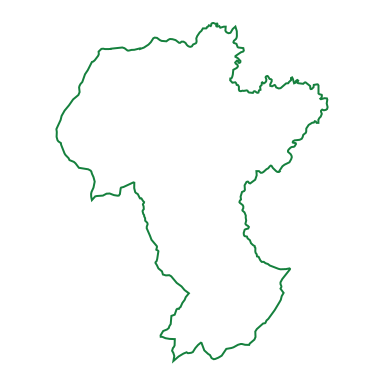 San Cayetano, Norte de Santander, Colombia (orthographic projection)
{"feature_id": "7082276B18864989229561", "entity_name": "San Cayetano", "entity_type": "district", "adm_level": 2, "iso_a3": "COL", "parent_name": "Colombia", "parent_adm1": "Norte de Santander", "projection": "orthographic", "projection_center": [-72.593, 7.837], "detail": "fine", "context": "isolated", "style": "outline", "palette": "green", "viewbox_px": 384, "rotation_deg": 0, "n_neighbors": 0, "source": "geoboundaries", "source_scale": "gbopen_adm2", "svg_char_len": 5871}
<svg xmlns="http://www.w3.org/2000/svg" viewBox="0 0 384 384"><path d="M235.4,26.6L232.7,29.0L230.7,32.5L229.9,33.0L228.4,33.2L226.4,32.2L225.4,30.7L225.7,26.7L223.7,26.7L220.3,27.7L219.3,26.1L217.1,26.6L216.4,26.3L216.2,25.6L217.5,24.3L217.2,23.6L215.2,23.8L213.6,23.0L212.3,23.1L211.4,23.8L211.1,25.5L210.7,26.1L208.9,25.3L208.0,26.6L206.9,27.2L206.6,28.1L206.2,28.4L202.9,28.4L201.4,30.9L199.7,32.4L197.2,36.1L196.3,38.4L196.6,41.3L196.3,42.7L195.8,43.3L193.1,44.5L191.9,46.3L190.6,46.8L189.4,46.7L188.0,46.0L186.8,44.9L185.5,42.9L183.6,41.7L181.5,41.7L180.2,42.8L179.1,42.8L175.6,40.1L172.5,39.2L170.0,39.0L168.5,39.7L166.4,41.3L161.6,40.9L159.9,40.1L157.0,37.9L154.7,37.6L153.3,38.3L150.9,42.1L148.5,44.6L143.9,47.6L140.0,49.0L139.9,48.4L134.3,49.8L131.6,49.9L128.7,50.6L127.5,50.5L124.5,48.2L122.3,47.5L111.0,48.7L110.9,49.0L105.1,49.1L103.2,48.7L101.4,48.9L98.6,51.6L98.8,54.1L98.2,55.7L94.8,60.2L93.3,61.5L91.9,62.0L87.8,70.1L85.0,74.3L82.3,82.0L80.5,84.0L79.5,85.9L79.1,87.4L79.6,92.1L78.4,95.0L73.1,99.4L69.0,105.3L64.6,110.6L61.6,115.9L60.6,120.0L56.4,129.1L56.8,132.0L56.6,136.9L57.5,140.2L58.4,141.4L60.9,143.1L61.1,144.7L64.6,153.6L65.6,155.1L68.6,158.2L69.5,160.1L73.9,161.9L75.5,163.3L78.9,167.8L88.2,169.3L90.6,170.6L91.3,171.5L92.0,173.8L93.5,177.1L94.7,181.6L93.5,187.6L91.5,192.0L91.1,193.9L91.2,196.7L91.9,200.1L95.2,196.4L97.0,196.0L102.9,195.6L106.5,193.7L109.7,193.5L113.9,195.1L117.6,195.7L118.8,195.6L119.9,194.1L120.7,188.2L121.1,187.6L123.5,187.0L133.4,182.4L134.3,182.7L134.2,188.1L135.2,192.1L136.0,193.0L137.8,194.1L139.8,198.1L140.2,198.5L141.0,198.2L141.5,198.5L142.9,200.8L144.1,202.1L143.9,202.9L143.1,203.9L142.9,204.6L143.6,206.3L143.8,209.1L142.7,210.6L142.6,211.4L143.3,214.0L144.1,215.1L144.2,216.4L145.1,218.2L145.2,220.7L147.2,222.7L147.5,223.4L147.6,224.4L146.8,226.5L146.7,228.2L150.0,235.8L151.5,239.8L156.8,246.1L157.0,246.9L156.3,249.7L157.8,250.5L158.4,251.2L157.2,259.0L156.6,261.1L155.5,262.3L155.5,263.0L156.9,265.2L158.4,268.4L162.0,271.4L162.9,274.5L165.9,275.4L169.3,275.2L171.2,276.3L176.7,282.9L181.5,286.4L184.6,290.1L188.9,293.3L185.7,297.2L184.7,299.8L182.4,302.9L180.5,307.1L179.5,307.7L178.9,308.9L177.3,308.8L176.5,309.5L174.7,314.7L171.4,315.9L170.7,324.1L169.3,326.3L168.8,328.0L167.0,329.5L163.2,331.0L160.6,335.3L160.7,336.8L162.2,336.8L165.5,338.2L169.6,338.9L174.8,339.1L174.6,345.4L173.9,346.9L172.9,348.1L172.1,350.8L173.3,352.8L174.3,356.0L173.4,361.0L178.6,356.5L183.4,353.6L186.6,352.3L187.7,353.1L189.0,353.1L191.1,352.8L192.8,352.1L195.4,348.0L198.1,344.9L200.8,342.7L201.5,342.9L204.3,350.4L208.1,353.9L210.0,355.1L211.6,358.1L213.7,359.2L215.1,359.0L218.3,357.7L221.7,355.7L226.3,348.9L231.4,348.0L233.5,347.3L238.0,344.8L240.7,344.0L242.0,344.0L245.1,344.8L249.2,344.9L249.7,343.6L254.4,339.6L255.5,337.0L255.3,331.5L256.8,329.1L263.1,323.5L265.0,323.2L265.4,322.9L266.5,320.5L268.3,318.9L274.7,310.1L279.7,301.8L280.8,299.8L281.7,296.2L283.6,292.9L280.5,288.7L281.4,286.9L281.3,286.0L280.5,284.1L280.5,282.3L282.3,279.0L289.9,269.4L290.0,268.9L289.5,268.4L285.9,269.1L280.4,269.3L278.4,268.8L269.8,265.5L267.9,264.0L265.5,263.2L263.8,261.9L261.7,261.9L260.3,260.3L258.6,256.8L257.0,256.4L256.7,254.3L255.6,252.8L255.3,251.2L255.4,248.0L254.8,247.3L254.8,246.2L252.9,245.0L251.0,243.2L249.9,240.2L247.6,238.4L247.0,236.6L244.6,236.1L243.9,235.0L243.7,233.0L244.6,229.9L245.3,229.3L248.2,228.5L248.9,227.0L247.9,225.9L246.2,224.9L245.4,223.8L246.2,220.6L245.7,217.6L245.8,215.6L244.5,212.4L242.5,210.6L242.4,210.0L243.3,208.2L243.3,206.3L242.7,205.1L239.8,202.8L239.4,202.1L239.9,200.6L241.0,199.5L240.6,196.7L242.0,192.0L244.2,191.0L244.9,189.9L244.6,185.3L246.5,182.0L247.3,181.6L248.1,181.7L249.2,183.1L250.2,183.4L255.2,179.7L256.7,175.3L256.4,171.1L258.9,171.1L260.8,172.8L262.1,172.7L263.4,172.0L266.5,169.2L268.2,168.3L269.7,166.4L270.7,165.6L271.5,165.8L272.9,168.0L276.0,171.0L277.3,171.9L278.9,172.0L279.6,171.5L279.2,171.2L282.4,166.3L284.5,164.7L289.4,162.3L291.2,159.1L291.8,157.1L291.5,155.7L290.7,154.2L288.0,151.8L288.0,150.7L288.6,149.6L290.6,147.6L291.8,147.0L293.8,146.8L294.6,146.3L296.0,144.0L295.6,143.1L293.0,142.7L292.7,142.2L293.0,141.3L294.5,140.4L299.6,139.8L301.7,138.8L302.6,137.2L303.3,134.8L305.8,132.8L306.2,131.6L306.3,128.5L308.7,124.9L312.3,122.7L313.8,122.6L314.8,121.2L315.8,121.5L316.6,122.9L318.4,122.9L318.4,119.7L319.6,117.7L320.7,116.7L321.8,113.9L321.0,111.6L321.1,110.6L322.2,109.6L323.9,110.3L326.0,109.8L327.1,109.0L327.6,107.1L326.7,103.5L327.3,99.7L326.9,98.4L324.4,98.2L321.5,99.1L320.6,99.1L320.3,98.7L320.9,98.3L321.7,97.0L321.9,95.7L321.7,94.8L319.3,94.2L318.5,93.5L318.5,85.5L317.9,84.5L317.3,84.3L313.8,84.9L313.5,87.3L311.7,89.0L310.8,89.1L310.4,88.7L310.1,86.0L305.6,82.4L304.7,82.5L303.2,83.8L298.1,83.2L297.3,82.7L298.2,80.6L297.3,80.0L296.1,80.8L295.1,82.9L294.1,83.3L292.8,78.7L292.1,77.4L291.0,78.0L291.0,80.2L288.9,82.1L288.3,83.2L286.1,83.4L280.8,88.0L280.0,88.3L278.5,88.4L276.2,87.4L275.2,85.3L274.5,85.0L272.1,86.3L270.3,85.9L270.2,84.4L271.7,81.3L271.7,79.8L271.2,79.3L269.6,78.9L268.0,76.4L267.5,76.0L266.8,76.1L265.9,76.6L265.6,77.3L266.4,79.6L266.1,81.4L265.3,82.4L263.8,83.4L262.3,82.3L261.8,82.7L261.7,84.9L260.1,86.6L260.5,89.8L259.0,90.4L258.4,92.6L257.2,92.8L254.8,91.2L253.7,91.5L252.9,92.9L249.0,92.5L248.3,92.0L247.5,90.7L246.7,90.4L243.7,90.9L242.5,90.7L240.8,91.2L239.5,90.9L238.9,89.8L238.9,86.6L238.0,85.1L236.7,84.9L236.2,83.3L235.3,82.3L232.4,82.7L230.2,80.3L230.3,78.5L231.4,78.4L232.2,76.9L232.8,74.6L233.3,69.8L236.5,68.1L237.4,67.3L237.9,66.2L237.3,64.6L235.7,63.6L235.2,62.5L236.9,60.7L237.9,61.1L238.3,62.2L239.0,62.9L239.7,62.8L240.4,62.0L240.4,60.9L237.7,58.1L235.4,56.8L235.5,56.0L240.9,52.3L243.2,51.5L243.8,50.6L243.3,48.1L238.3,47.5L237.6,47.0L236.4,43.8L233.8,42.9L233.4,42.2L233.9,40.8L236.0,38.9L236.6,37.7L236.9,36.0L236.8,31.2L235.4,26.6Z" fill="none" stroke="#15803d" stroke-width="2"/></svg>